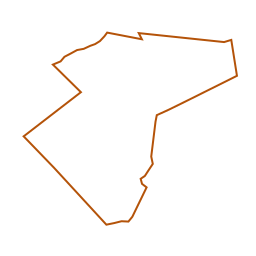 Cordilheira Alta, Santa Catarina, Brazil (Natural Earth projection), rotated 276°
{"feature_id": "56859067B61939757447304", "entity_name": "Cordilheira Alta", "entity_type": "district", "adm_level": 2, "iso_a3": "BRA", "parent_name": "Brazil", "parent_adm1": "Santa Catarina", "projection": "natural_earth1", "projection_center": [-52.641, -26.979], "detail": "fine", "context": "isolated", "style": "outline", "palette": "amber", "viewbox_px": 256, "rotation_deg": 276, "n_neighbors": 0, "source": "geoboundaries", "source_scale": "gbopen_adm2", "svg_char_len": 572}
<svg xmlns="http://www.w3.org/2000/svg" viewBox="0 0 256 256"><g transform="rotate(276 128 128)"><path d="M226.4,221.5L223.5,214.6L223.5,128.8L217.7,132.5L220.7,97.3L216.8,95.0L211.5,91.0L208.0,86.5L205.8,81.9L202.1,75.7L200.2,69.2L196.6,64.0L192.2,57.4L187.2,54.0L183.2,46.7L158.7,77.4L108.8,25.1L80.7,58.6L29.6,116.6L32.0,124.2L34.6,131.3L35.0,138.2L40.2,141.6L70.9,152.7L73.9,147.8L78.8,145.9L82.1,149.8L87.8,152.7L94.9,156.4L102.0,154.1L137.2,154.7L143.8,155.3L150.5,166.7L161.6,184.3L191.3,230.9L226.4,221.5Z" fill="none" stroke="#b45309" stroke-width="2"/></g></svg>